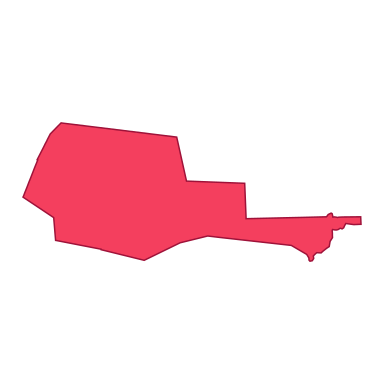 Atbara, River Nile, Sudan
{"feature_id": "16777658B19107068109893", "entity_name": "Atbara", "entity_type": "district", "adm_level": 2, "iso_a3": "SDN", "parent_name": "Sudan", "parent_adm1": "River Nile", "projection": "albers", "projection_center": [33.305, 17.884], "detail": "fine", "context": "isolated", "style": "filled", "palette": "rose", "viewbox_px": 384, "rotation_deg": 0, "n_neighbors": 0, "source": "geoboundaries", "source_scale": "gbopen_adm2", "svg_char_len": 1288}
<svg xmlns="http://www.w3.org/2000/svg" viewBox="0 0 384 384"><path d="M361.0,224.3L360.7,216.8L342.5,217.0L338.6,217.2L337.4,217.5L336.5,217.2L335.8,217.1L334.3,216.9L332.9,217.1L332.6,215.5L332.1,213.6L331.1,213.1L328.2,214.5L326.5,216.8L302.9,217.4L246.1,218.7L244.7,183.3L186.5,181.1L176.7,137.1L86.2,126.0L63.2,123.2L61.1,122.9L58.1,125.9L50.3,133.9L47.2,139.9L47.0,140.5L45.0,144.2L44.6,145.1L43.1,148.1L41.0,152.2L37.3,159.4L37.2,159.6L37.7,159.7L37.8,159.8L36.2,163.8L34.6,167.7L33.1,171.6L30.1,179.3L29.1,181.7L28.3,183.8L26.8,187.7L24.9,192.4L23.7,195.6L23.1,196.9L23.0,197.1L25.5,198.8L53.7,217.6L55.6,240.4L56.3,240.5L65.0,242.2L80.4,245.2L101.1,249.2L101.1,249.7L144.2,260.3L180.1,242.8L207.7,236.0L220.4,237.5L291.3,245.4L306.7,254.4L308.9,258.0L308.9,259.0L309.1,260.3L310.0,261.2L312.3,260.7L312.8,259.9L313.7,258.5L313.6,257.7L313.3,256.0L314.7,254.5L316.7,252.7L321.1,252.9L323.2,251.0L326.5,248.4L328.4,247.1L329.2,246.6L330.1,241.4L332.5,237.6L332.4,235.4L332.4,233.0L332.2,231.3L332.2,230.7L332.3,230.0L332.6,229.5L334.0,229.8L334.8,229.9L336.2,230.0L337.2,229.8L338.0,229.6L339.1,229.0L339.9,228.4L340.7,228.3L341.3,228.6L342.1,228.9L343.7,227.8L344.5,225.9L345.8,223.5L353.8,224.6L360.4,224.3L361.0,224.3Z" fill="#f43f5e" stroke="#9f1239" stroke-width="1.5"/></svg>